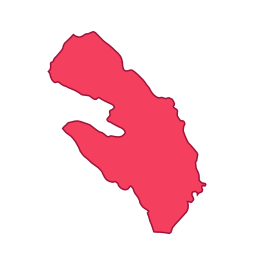 Tsamba-Magotsi, Ngounié, Gabon, rotated 137°
{"feature_id": "22940354B73947944893462", "entity_name": "Tsamba-Magotsi", "entity_type": "district", "adm_level": 2, "iso_a3": "GAB", "parent_name": "Gabon", "parent_adm1": "Ngounié", "projection": "equal_earth", "projection_center": [10.858, -1.184], "detail": "fine", "context": "isolated", "style": "filled", "palette": "rose", "viewbox_px": 256, "rotation_deg": 137, "n_neighbors": 0, "source": "geoboundaries", "source_scale": "gbopen_adm2", "svg_char_len": 3931}
<svg xmlns="http://www.w3.org/2000/svg" viewBox="0 0 256 256"><g transform="rotate(137 128 128)"><path d="M179.9,34.5L178.3,32.6L175.5,29.9L173.0,27.0L171.1,24.7L169.8,22.9L167.9,22.4L166.5,23.1L165.2,23.8L163.9,24.6L162.2,25.0L159.9,25.3L148.3,26.2L142.2,26.8L139.2,28.1L137.8,29.3L136.4,30.8L135.4,32.4L134.6,33.6L133.8,32.8L132.7,30.7L131.9,30.5L130.0,30.6L128.6,31.1L127.8,32.6L127.3,34.7L126.1,36.3L124.8,37.1L123.5,36.6L121.9,35.5L121.6,33.6L122.0,32.9L122.8,31.8L121.3,32.1L119.6,31.9L118.5,31.2L116.6,31.2L115.6,32.0L115.0,33.5L114.3,34.6L113.0,35.2L112.3,34.9L111.9,33.7L111.1,33.1L109.6,33.7L109.5,34.8L110.5,36.2L111.3,37.3L111.6,38.7L111.7,40.7L111.1,41.9L109.8,43.3L108.5,44.8L107.3,46.9L106.6,49.1L106.2,50.4L105.5,52.3L102.0,56.9L99.9,57.4L98.7,58.4L96.5,60.1L95.4,60.7L94.4,62.9L94.1,67.9L94.0,71.2L94.0,76.1L93.4,78.4L91.7,83.4L90.1,87.2L89.1,88.7L87.4,90.2L85.6,91.5L84.0,92.0L83.2,92.8L82.7,94.8L83.2,96.1L84.2,96.8L84.6,98.4L84.2,101.0L83.7,103.2L81.8,105.4L80.5,106.4L79.8,107.7L79.9,109.2L80.5,110.9L80.4,112.4L79.8,113.2L78.5,113.3L77.5,114.0L76.7,116.1L76.5,117.1L76.1,118.7L77.4,122.1L78.4,122.8L79.9,123.5L80.8,124.3L81.7,126.0L82.7,127.6L84.3,128.4L85.7,130.2L86.3,132.6L86.6,134.9L86.5,136.8L86.3,138.7L85.6,141.3L85.1,143.6L85.0,145.7L84.8,148.1L84.4,150.3L84.2,153.4L84.5,161.0L85.0,165.1L85.5,167.2L86.3,168.4L87.7,169.2L89.5,170.2L90.8,171.3L91.4,172.8L91.0,174.6L90.2,176.0L89.0,177.8L87.3,179.9L85.4,183.2L84.6,185.7L84.4,188.9L84.7,194.6L84.9,197.6L85.3,201.3L86.2,206.0L86.6,209.1L86.8,220.0L87.7,222.1L89.4,222.8L90.5,223.3L91.8,223.6L93.3,224.4L94.5,225.3L95.6,225.8L97.4,226.0L98.7,226.3L100.7,227.0L101.9,227.9L102.9,229.5L103.7,231.0L104.0,232.4L104.2,233.6L108.2,233.3L113.8,233.2L116.6,233.2L119.4,232.1L120.9,230.9L123.5,230.1L128.4,229.5L131.2,229.2L134.2,229.1L135.9,228.5L136.7,227.9L138.3,227.9L139.6,228.4L140.7,228.0L142.4,225.9L143.8,224.6L145.3,223.8L147.7,223.6L147.7,222.7L148.0,221.3L148.5,220.0L149.3,219.0L150.0,217.3L150.5,215.9L150.8,214.5L150.8,212.7L150.6,211.4L149.9,210.7L148.9,210.2L147.7,209.5L147.3,208.3L146.9,206.0L146.2,203.1L144.9,200.7L143.8,197.6L142.9,195.7L142.1,193.8L141.3,192.2L140.8,190.7L140.3,189.1L139.7,187.1L139.4,185.3L138.9,183.7L138.2,182.7L137.3,181.7L136.4,180.7L135.3,179.2L134.4,178.1L134.0,176.6L133.6,174.2L133.2,172.4L132.4,171.3L131.7,170.8L130.9,170.6L129.5,170.6L128.5,170.2L127.6,166.7L126.2,162.7L124.3,158.0L123.5,156.1L123.3,154.3L123.7,152.5L125.1,152.1L126.9,152.2L128.1,152.6L128.8,152.9L130.0,152.8L130.8,151.9L131.7,150.3L132.6,149.5L134.7,149.2L136.7,148.9L137.7,148.3L138.0,147.3L137.7,145.6L136.8,144.3L136.3,142.2L135.1,138.5L134.3,136.2L133.3,133.8L132.5,131.8L132.3,130.1L132.4,128.0L133.0,126.6L134.7,126.0L136.8,126.0L138.6,126.3L140.2,127.3L141.4,128.2L143.0,130.1L144.5,132.0L145.5,133.5L146.7,134.3L147.9,134.7L148.7,135.1L149.3,137.1L149.7,140.3L150.2,142.5L151.0,143.6L151.6,144.9L152.2,147.0L152.7,149.8L153.2,152.8L153.7,155.9L154.8,158.5L156.6,161.7L157.4,163.3L158.5,165.3L160.1,167.5L162.0,169.1L163.9,170.2L165.6,171.1L167.7,172.4L169.2,172.7L170.6,172.4L173.7,172.5L176.1,172.3L176.2,172.1L176.3,170.3L176.4,166.8L175.9,164.2L175.3,161.3L175.3,157.6L175.7,153.6L176.4,150.9L177.1,147.9L178.0,145.4L178.7,143.7L179.2,140.1L179.3,137.1L178.7,133.0L178.5,130.5L178.4,127.6L178.0,125.6L177.3,121.9L176.8,119.3L176.7,116.2L176.8,114.1L177.3,112.7L178.0,110.4L178.7,107.8L179.0,105.5L178.7,103.5L177.8,101.4L176.7,99.6L175.9,98.6L174.6,98.1L173.7,97.1L173.3,95.5L173.4,93.9L174.2,92.3L174.3,90.5L174.1,88.6L173.5,86.7L172.6,85.2L171.6,84.4L170.9,83.9L169.8,83.5L168.2,83.6L167.0,83.9L165.9,83.9L165.5,83.1L165.4,81.2L165.7,79.9L166.7,77.8L167.4,75.7L167.8,72.0L168.1,69.8L169.1,66.9L170.1,65.4L170.7,63.3L171.0,60.4L170.6,57.6L170.1,55.9L169.7,53.8L169.6,53.0L170.8,52.7L171.6,52.7L172.4,51.2L173.2,49.1L175.4,44.9L176.5,41.8L177.9,38.6L179.9,34.5Z" fill="#f43f5e" stroke="#9f1239" stroke-width="1.5"/></g></svg>